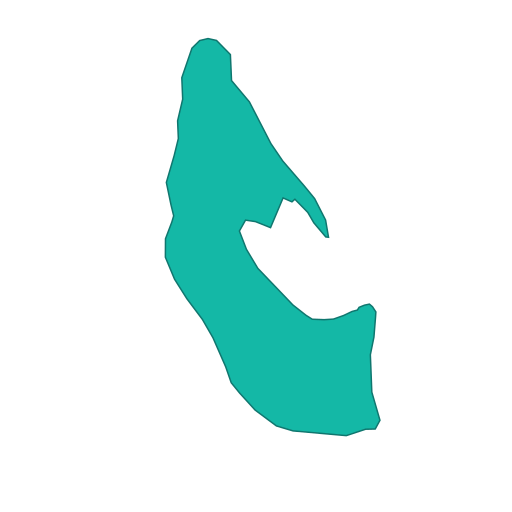 outline of Polowat, Federated States of Micronesia, rotated 146°
{"feature_id": "79324940B94242414509537", "entity_name": "Polowat", "entity_type": "district", "adm_level": 2, "iso_a3": "FSM", "parent_name": "Federated States of Micronesia", "parent_adm1": "", "projection": "equal_earth", "projection_center": [149.197, 7.357], "detail": "fine", "context": "isolated", "style": "filled", "palette": "teal", "viewbox_px": 512, "rotation_deg": 146, "n_neighbors": 0, "source": "geoboundaries", "source_scale": "gbopen_adm2", "svg_char_len": 981}
<svg xmlns="http://www.w3.org/2000/svg" viewBox="0 0 512 512"><g transform="rotate(146 256 256)"><path d="M267.7,385.0L289.2,367.1L297.8,346.1L301.8,335.3L306.8,331.2L321.4,320.9L331.8,305.7L336.5,282.3L337.2,259.2L335.9,233.4L337.4,212.2L343.1,181.0L347.4,164.8L346.2,151.5L342.9,128.8L334.1,103.7L323.1,90.3L281.6,56.6L262.0,51.1L253.9,45.9L245.1,50.5L236.1,78.4L216.4,110.2L203.6,122.8L191.3,138.2L187.9,142.6L187.8,148.8L188.9,152.7L193.6,154.6L199.2,155.8L202.2,154.5L207.4,156.3L216.7,157.7L227.1,160.4L235.1,165.1L244.7,172.1L247.7,178.9L252.8,194.8L261.4,244.7L260.2,266.9L255.8,286.0L244.6,291.6L237.2,284.8L228.1,271.4L201.1,289.0L195.9,280.8L192.0,281.3L188.7,263.2L189.5,251.1L187.5,232.8L185.4,231.0L178.2,246.9L175.3,270.8L176.8,287.0L180.7,319.8L180.8,340.8L175.3,387.4L178.2,415.1L164.6,437.3L168.2,456.8L174.2,463.1L182.2,466.1L192.9,464.1L217.8,445.3L229.1,427.0L245.4,411.9L254.7,396.8L267.7,385.0Z" fill="#14b8a6" stroke="#0f766e" stroke-width="1.5"/></g></svg>